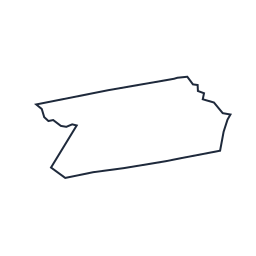 outline of Sussex, Virginia, United States of America, rotated 21°
{"feature_id": "52423323B89095979768241", "entity_name": "Sussex", "entity_type": "district", "adm_level": 2, "iso_a3": "USA", "parent_name": "United States of America", "parent_adm1": "Virginia", "projection": "robinson", "projection_center": [-77.249, 36.91], "detail": "fine", "context": "isolated", "style": "outline", "palette": "slate", "viewbox_px": 256, "rotation_deg": 21, "n_neighbors": 0, "source": "geoboundaries", "source_scale": "gbopen_adm2", "svg_char_len": 522}
<svg xmlns="http://www.w3.org/2000/svg" viewBox="0 0 256 256"><g transform="rotate(21 128 128)"><path d="M165.0,58.9L156.1,63.4L153.4,65.5L96.3,99.6L33.9,138.9L40.7,141.2L45.9,147.9L51.2,150.0L55.3,147.4L64.6,150.1L70.0,149.0L74.6,144.6L79.2,144.0L70.3,192.5L87.3,197.1L111.4,181.7L138.4,167.0L175.1,145.5L189.2,136.6L222.1,116.2L220.1,105.3L218.6,97.2L217.9,84.5L218.8,78.7L211.1,80.2L199.1,73.4L187.5,74.4L186.5,68.3L180.0,68.4L177.6,62.9L173.0,64.0L165.0,58.9Z" fill="none" stroke="#1e293b" stroke-width="2"/></g></svg>